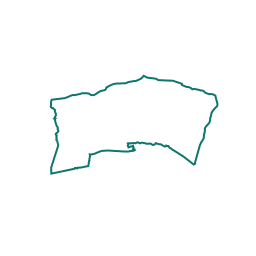 the district of Santa Ana Tlapacoyan, Oaxaca, Mexico, rotated 141°
{"feature_id": "50627088B51283651622115", "entity_name": "Santa Ana Tlapacoyan", "entity_type": "district", "adm_level": 2, "iso_a3": "MEX", "parent_name": "Mexico", "parent_adm1": "Oaxaca", "projection": "orthographic", "projection_center": [-96.856, 16.745], "detail": "fine", "context": "isolated", "style": "outline", "palette": "teal", "viewbox_px": 256, "rotation_deg": 141, "n_neighbors": 0, "source": "geoboundaries", "source_scale": "gbopen_adm2", "svg_char_len": 4320}
<svg xmlns="http://www.w3.org/2000/svg" viewBox="0 0 256 256"><g transform="rotate(141 128 128)"><path d="M179.4,181.4L179.2,180.9L179.4,180.7L179.7,180.1L180.0,179.6L180.1,179.2L180.6,178.5L180.8,177.9L181.2,176.9L181.7,175.8L181.9,175.2L182.1,174.3L182.2,173.5L182.2,172.8L182.4,172.3L182.8,171.9L183.3,171.6L183.4,171.1L183.6,170.7L183.7,170.0L184.0,169.5L184.3,169.3L184.9,169.1L185.4,169.0L186.0,168.9L186.7,169.0L187.2,169.0L187.7,168.9L188.1,168.6L188.3,168.3L188.3,167.9L188.1,167.6L188.1,167.1L188.3,166.7L188.8,166.5L189.2,166.2L189.6,165.8L189.7,165.2L190.1,164.7L190.7,164.4L191.1,164.1L191.0,163.6L191.0,162.9L193.2,158.3L212.3,145.8L212.7,145.5L216.3,140.8L195.8,130.3L195.4,130.1L195.0,129.9L194.4,130.3L193.7,129.8L192.9,128.5L192.5,128.6L192.2,128.9L191.7,128.5L189.3,126.8L188.9,126.6L187.2,125.7L185.8,125.0L185.3,124.8L182.9,123.4L181.1,124.9L180.3,125.7L178.9,126.9L178.6,127.2L178.3,127.1L178.0,127.6L176.8,128.8L176.0,129.4L175.1,130.2L174.3,131.6L173.7,131.0L172.9,130.4L171.3,129.5L170.1,129.0L168.3,128.5L168.1,128.5L163.8,127.1L163.7,127.1L162.8,126.7L158.0,123.3L157.4,122.8L156.1,121.6L155.7,121.3L153.5,119.2L148.2,114.4L147.0,113.2L143.9,110.6L142.5,109.5L142.4,109.4L142.0,109.2L141.3,108.9L139.5,107.8L139.4,107.8L138.8,107.4L138.4,107.0L137.6,106.7L136.7,106.5L136.3,107.3L137.2,108.4L136.9,108.6L136.7,108.9L136.4,109.2L136.3,109.3L136.2,109.3L135.8,109.5L135.7,109.7L135.6,110.1L135.3,111.0L135.8,111.1L136.4,111.3L136.9,111.5L137.5,111.9L137.7,112.0L138.1,112.0L138.4,112.1L138.7,112.3L139.1,112.4L139.8,112.6L139.2,114.6L138.4,114.9L138.1,115.0L137.9,115.2L137.8,115.4L137.7,116.1L137.2,115.8L136.9,115.6L136.4,115.3L136.3,115.2L136.2,114.7L133.9,113.4L133.7,113.1L133.4,112.8L133.0,112.6L132.6,112.5L132.5,112.4L132.1,111.8L132.0,111.7L131.8,111.4L129.8,111.0L129.1,110.3L129.0,109.7L128.7,109.1L128.3,108.6L128.1,108.7L126.2,107.7L123.9,104.9L123.9,104.7L123.6,104.2L123.3,103.9L122.5,103.3L121.7,102.7L120.9,102.3L120.9,102.1L120.1,101.4L119.7,99.9L119.6,99.7L119.5,99.3L119.0,98.9L118.3,98.6L117.0,98.5L116.0,98.7L115.6,98.5L115.1,97.2L113.9,95.7L112.7,94.6L112.7,94.4L111.6,91.5L111.0,90.3L110.5,90.2L109.4,90.4L109.2,90.0L109.1,89.8L109.1,89.7L109.0,89.4L108.9,89.2L108.7,89.1L108.1,88.7L107.9,88.5L108.1,87.6L108.1,87.3L108.1,87.0L108.1,86.6L108.0,86.3L107.9,86.2L107.8,85.7L107.4,84.9L107.4,84.3L107.1,83.1L107.0,82.7L106.7,82.3L102.9,71.0L99.9,58.2L98.9,58.0L98.1,58.3L98.0,58.7L82.8,69.5L81.6,70.0L80.4,70.7L79.7,71.0L78.2,71.3L76.0,72.3L75.0,72.9L74.3,73.8L73.1,75.1L72.9,75.4L71.9,75.8L71.4,76.1L70.9,76.7L69.8,77.6L69.2,78.5L68.5,79.4L66.5,80.1L65.7,80.1L64.4,80.5L63.9,80.4L62.9,80.7L61.5,80.8L60.8,81.4L59.9,81.9L59.4,82.4L59.2,82.5L58.1,83.7L57.7,84.1L56.4,84.8L55.6,85.6L54.8,86.0L54.2,86.8L52.4,87.7L48.5,88.6L45.0,88.9L43.7,89.9L43.0,91.1L40.7,96.3L39.7,98.2L40.5,100.0L41.1,101.1L42.7,102.7L43.5,103.0L44.4,104.4L45.7,106.7L46.1,109.6L46.6,110.3L47.0,110.6L48.0,111.6L48.8,112.9L52.0,116.8L53.7,117.6L53.7,118.0L53.9,119.3L54.5,120.5L55.3,121.9L56.6,123.0L59.0,127.4L58.3,128.5L63.4,136.5L74.4,146.2L75.1,148.5L76.4,149.9L81.3,155.0L83.0,158.7L83.8,158.6L84.6,158.4L85.3,158.2L86.3,158.2L87.2,158.3L88.3,158.5L89.3,158.8L90.5,159.0L91.3,159.4L92.2,159.5L93.1,160.1L94.0,160.9L94.9,161.3L96.1,161.9L97.0,162.5L98.2,163.1L99.3,163.6L101.5,164.2L102.6,164.9L103.6,165.8L104.7,166.5L105.6,167.2L106.5,167.8L107.5,168.6L108.6,169.6L110.1,170.4L111.0,171.0L112.2,171.5L113.8,171.9L115.1,172.2L115.5,172.5L116.8,172.7L117.8,172.7L118.8,173.1L119.1,173.1L120.1,172.5L121.0,172.1L121.9,172.0L123.5,172.7L124.5,173.1L124.8,173.3L125.4,173.8L126.7,174.1L127.8,174.2L128.4,174.4L129.8,174.5L130.9,174.6L131.9,174.7L132.9,174.8L133.9,175.1L135.9,176.8L136.2,177.7L136.5,178.5L136.7,179.1L137.0,179.8L137.6,180.4L138.4,181.1L139.2,181.8L140.0,182.5L140.6,182.8L141.1,183.4L142.1,184.0L143.0,184.3L144.3,184.8L144.5,185.0L145.6,185.5L146.5,186.0L147.9,186.6L148.7,187.1L150.3,188.5L158.2,190.9L169.5,198.0L171.6,196.6L171.9,196.2L172.1,195.7L172.4,195.3L172.8,195.0L173.2,194.4L173.8,193.8L174.5,193.4L174.7,192.6L174.5,191.7L174.5,191.1L173.7,190.6L173.6,188.8L173.4,188.0L174.5,186.8L174.6,186.0L175.0,185.4L175.0,184.8L175.3,184.1L176.0,183.3L176.7,182.9L177.2,182.7L177.7,182.5L178.2,182.5L178.3,181.1L179.4,181.4Z" fill="none" stroke="#0f766e" stroke-width="2"/></g></svg>